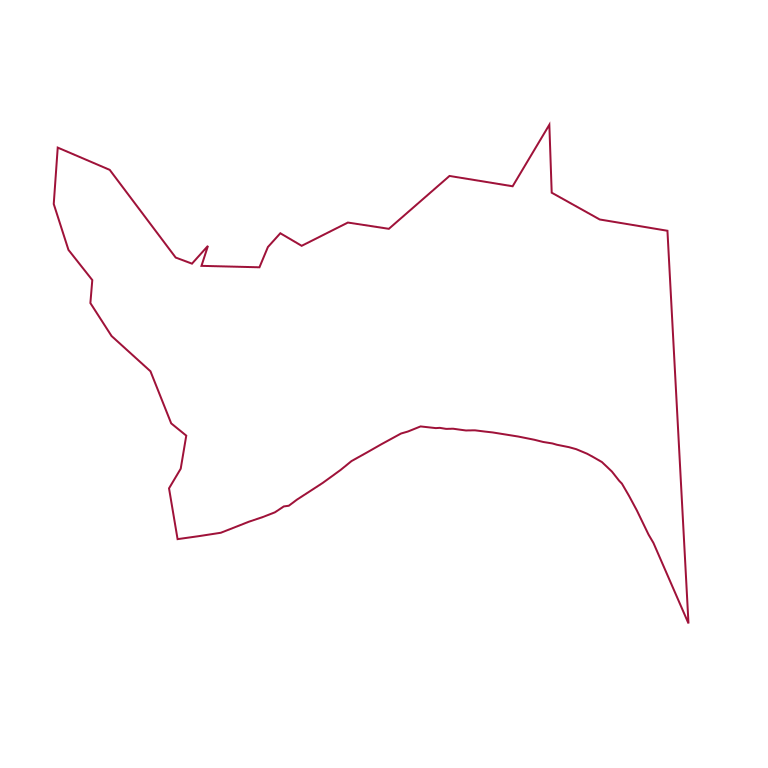 outline of Aweil North, Northern Bahr el Ghazal, South Sudan, rotated 172°
{"feature_id": "79223893B62952270667029", "entity_name": "Aweil North", "entity_type": "district", "adm_level": 2, "iso_a3": "SSD", "parent_name": "South Sudan", "parent_adm1": "Northern Bahr el Ghazal", "projection": "natural_earth1", "projection_center": [26.779, 9.406], "detail": "fine", "context": "isolated", "style": "outline", "palette": "rose", "viewbox_px": 768, "rotation_deg": 172, "n_neighbors": 0, "source": "geoboundaries", "source_scale": "gbopen_adm2", "svg_char_len": 1065}
<svg xmlns="http://www.w3.org/2000/svg" viewBox="0 0 768 768"><g transform="rotate(172 384 384)"><path d="M674.2,663.5L686.0,608.2L677.8,560.7L658.4,527.5L663.5,505.0L647.1,469.4L613.5,429.1L600.2,374.6L587.0,360.4L597.1,328.4L611.4,310.6L610.0,259.1L609.5,259.1L588.9,259.1L566.3,259.4L537.1,266.4L522.7,269.1L509.9,272.1L500.3,276.7L495.2,276.7L486.3,281.6L458.4,294.6L439.0,304.9L426.9,312.2L410.6,318.5L395.0,324.7L374.0,332.6L367.0,333.6L353.7,336.9L338.8,333.1L334.8,332.8L328.7,330.9L321.8,330.1L316.2,328.5L309.4,326.6L300.5,325.5L290.5,322.8L283.1,320.9L258.4,313.3L243.0,307.9L234.3,304.4L225.5,301.7L221.3,299.8L209.6,295.7L202.7,292.7L192.6,286.7L186.8,282.4L179.1,276.4L170.5,265.6L164.7,255.6L163.5,253.9L162.3,252.3L157.0,239.3L151.2,223.6L143.0,198.1L139.3,189.1L115.8,104.5L82.0,496.3L147.5,516.9L191.3,550.1L184.2,617.7L229.1,561.9L290.2,580.9L357.6,537.0L397.3,548.9L446.3,532.3L465.7,547.7L479.9,535.8L491.1,516.9L548.3,526.4L539.1,545.3L557.4,529.9L572.7,538.2L625.8,634.2L674.2,663.5Z" fill="none" stroke="#9f1239" stroke-width="2"/></g></svg>